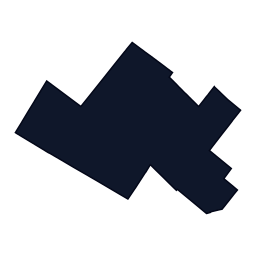 Traian, Ialomita, Romania (Mercator projection)
{"feature_id": "2599482B49143714613068", "entity_name": "Traian", "entity_type": "district", "adm_level": 2, "iso_a3": "ROU", "parent_name": "Romania", "parent_adm1": "Ialomita", "projection": "mercator", "projection_center": [27.361, 44.765], "detail": "fine", "context": "isolated", "style": "filled", "palette": "ink", "viewbox_px": 256, "rotation_deg": 0, "n_neighbors": 0, "source": "geoboundaries", "source_scale": "gbopen_adm2", "svg_char_len": 2108}
<svg xmlns="http://www.w3.org/2000/svg" viewBox="0 0 256 256"><path d="M240.6,110.3L240.5,110.1L240.4,110.1L240.2,109.9L238.0,108.1L234.0,104.8L231.6,102.8L227.7,99.6L221.2,93.4L219.4,91.6L214.7,87.2L214.3,86.6L212.2,89.3L210.0,92.1L209.7,92.5L209.4,92.9L208.7,93.8L208.1,94.7L207.3,95.6L206.2,96.9L204.0,99.8L201.3,103.2L198.7,106.5L198.0,105.9L197.3,105.3L196.8,104.7L195.5,103.4L194.9,102.8L194.0,101.9L193.2,101.1L192.5,100.4L191.7,99.7L190.4,98.3L189.0,97.0L187.7,95.6L186.3,94.2L184.7,92.8L183.2,91.3L182.1,90.1L180.9,88.9L179.9,87.9L178.8,86.9L178.3,86.3L177.7,85.7L176.6,84.5L174.4,82.3L172.2,80.1L170.7,78.6L169.7,77.6L169.2,77.2L172.5,72.5L172.2,72.3L170.4,71.0L168.7,69.6L167.6,68.9L164.3,66.3L162.0,64.6L149.7,55.4L148.8,54.8L147.6,53.9L146.6,53.2L146.1,52.8L145.2,52.2L142.5,50.1L140.4,48.6L137.6,46.5L132.9,43.0L132.2,42.5L126.3,49.6L126.1,50.0L125.4,50.9L124.9,51.4L124.4,52.0L124.1,52.4L114.4,64.5L102.5,79.5L87.8,97.9L83.2,103.6L80.9,106.5L59.2,90.3L46.7,81.0L34.6,100.9L34.6,101.0L28.7,110.6L24.2,118.1L22.2,121.4L22.2,121.5L16.9,130.1L16.1,131.4L16.1,131.5L15.6,132.3L15.4,132.6L16.6,133.4L43.9,149.9L46.1,151.3L48.6,152.8L49.6,153.2L61.1,159.9L73.8,167.4L88.4,175.8L88.7,176.0L96.8,180.7L117.5,192.9L127.9,199.0L134.7,188.9L135.5,187.8L138.1,183.7L138.8,182.7L139.0,182.4L139.1,182.2L139.4,181.7L142.4,177.1L144.2,174.3L144.5,173.8L145.0,173.1L145.4,172.5L145.6,172.3L145.8,172.1L150.2,164.8L151.1,165.4L155.4,169.7L159.2,173.4L163.5,177.6L168.9,183.0L174.2,188.2L176.4,190.3L177.3,189.3L179.2,190.8L179.3,190.9L185.1,195.7L194.9,203.8L202.7,210.3L206.3,213.3L206.6,213.5L210.4,212.4L210.3,212.1L210.2,211.9L212.4,211.4L215.4,210.7L219.1,209.8L221.6,209.3L222.2,209.1L222.3,208.9L224.5,206.2L225.6,204.8L226.3,203.9L231.3,197.6L234.1,194.0L237.4,190.0L233.4,186.6L225.3,179.9L223.8,178.7L231.3,168.5L217.4,157.1L210.6,151.5L209.4,150.5L212.7,146.1L216.1,141.7L217.2,140.3L219.5,137.3L221.9,134.2L224.8,130.5L228.5,125.8L232.1,121.1L232.6,120.3L235.8,116.3L238.9,112.4L239.1,112.1L240.3,110.5L240.5,110.5L240.6,110.3L240.6,110.3Z" fill="#0f172a" stroke="#020617" stroke-width="1.5"/></svg>